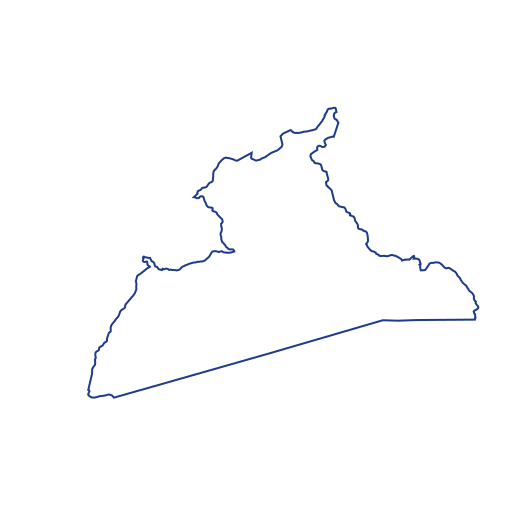 Tarrazu, San José, Costa Rica (Robinson projection), rotated 74°
{"feature_id": "36466004B83189782085425", "entity_name": "Tarrazu", "entity_type": "district", "adm_level": 2, "iso_a3": "CRI", "parent_name": "Costa Rica", "parent_adm1": "San José", "projection": "robinson", "projection_center": [-84.074, 9.584], "detail": "fine", "context": "isolated", "style": "outline", "palette": "blue", "viewbox_px": 512, "rotation_deg": 74, "n_neighbors": 0, "source": "geoboundaries", "source_scale": "gbopen_adm2", "svg_char_len": 6087}
<svg xmlns="http://www.w3.org/2000/svg" viewBox="0 0 512 512"><g transform="rotate(74 256 256)"><path d="M353.0,431.6L353.3,272.0L352.7,151.8L357.4,137.1L361.8,119.4L377.5,63.1L376.1,62.6L376.0,62.1L372.1,61.5L371.7,61.9L370.9,62.1L369.2,62.0L368.6,61.0L368.6,59.8L368.1,58.3L367.6,57.1L367.0,56.5L365.5,56.5L364.0,57.2L361.7,57.9L360.5,57.2L359.1,58.1L357.6,58.4L356.0,58.1L355.2,57.6L353.7,57.6L351.3,58.4L348.3,60.5L345.4,61.3L345.0,61.6L343.2,61.9L342.0,62.4L340.6,63.5L338.6,64.7L334.9,65.9L333.1,66.1L330.5,67.7L327.9,68.1L326.1,68.9L324.2,70.7L320.9,73.4L320.4,74.3L320.4,75.9L319.9,77.2L318.4,78.3L315.5,79.7L313.4,81.3L312.8,81.9L312.0,83.9L311.5,85.8L311.5,87.5L311.0,89.1L311.0,90.6L311.3,91.5L313.0,93.3L316.0,97.1L316.0,98.4L315.7,99.0L315.7,100.1L315.2,101.5L312.4,101.4L310.9,100.8L310.1,100.9L309.3,101.3L309.1,101.0L309.0,99.9L304.6,100.1L303.4,101.2L302.6,102.8L302.1,105.1L301.1,104.3L300.0,104.1L299.4,104.2L299.5,105.0L300.1,105.7L300.1,106.3L301.8,109.6L301.2,110.9L300.9,113.1L300.6,113.5L300.6,116.8L300.1,116.8L299.2,117.2L297.4,118.6L296.1,120.0L295.9,120.0L294.2,122.0L293.7,123.2L292.8,124.4L292.4,125.4L292.4,130.0L291.1,133.0L290.4,136.2L289.7,137.3L289.2,137.8L288.6,137.8L287.2,139.7L286.4,140.0L285.8,140.0L285.7,140.3L284.5,141.1L283.4,143.1L282.8,143.8L282.0,144.1L281.6,144.6L277.5,146.4L275.8,146.4L275.1,146.9L274.8,146.8L273.5,145.1L272.3,144.1L268.4,143.3L265.8,143.0L264.1,143.0L262.8,143.5L262.0,144.9L261.6,145.2L261.2,145.9L260.9,145.9L259.7,147.0L258.4,149.4L258.2,149.5L257.7,150.1L256.3,150.1L254.7,149.6L253.6,149.6L251.6,150.2L250.1,150.9L246.3,150.9L245.0,151.3L244.2,152.6L243.3,153.4L242.8,154.5L242.0,154.3L241.6,153.9L241.0,153.9L240.5,154.2L239.1,156.2L238.2,156.9L235.6,157.0L234.0,157.5L233.5,158.0L233.3,158.6L233.1,158.7L232.5,160.2L231.8,161.1L231.3,162.3L230.4,162.9L228.5,163.7L228.1,164.1L227.8,164.1L227.4,164.7L226.7,165.0L223.9,165.6L213.8,165.2L211.2,166.4L210.9,166.8L210.6,166.9L209.5,167.7L208.4,168.0L207.7,168.8L204.3,168.4L203.6,166.5L203.0,165.8L201.8,165.3L196.0,165.2L194.4,165.0L193.4,167.0L192.8,167.7L191.5,168.5L187.1,168.4L185.9,168.6L185.5,168.9L184.4,170.4L183.7,171.8L183.5,172.7L182.6,174.0L181.2,174.2L180.5,174.6L179.6,175.5L178.9,175.8L175.0,176.2L173.1,175.1L172.7,173.6L171.9,171.6L170.9,167.8L168.5,167.4L167.6,166.2L167.4,164.8L168.2,163.5L169.4,162.4L169.9,160.4L169.8,159.8L168.5,158.2L166.2,158.7L164.0,158.5L162.9,156.8L162.8,155.7L162.3,154.5L162.3,148.6L162.7,148.3L150.6,140.1L147.1,141.0L146.6,141.9L145.9,142.4L144.9,142.7L143.2,142.7L140.9,141.8L140.1,140.8L139.8,139.0L135.9,138.7L135.4,139.1L135.0,140.3L135.0,143.3L134.8,143.7L134.8,144.7L134.5,145.0L134.5,145.5L135.0,146.8L136.9,148.1L137.7,149.3L138.2,149.8L138.5,149.8L139.3,150.9L139.7,150.9L140.2,151.6L141.0,151.7L141.8,152.4L143.6,154.5L144.3,155.0L144.5,155.4L144.9,155.7L145.6,156.9L147.3,159.0L148.6,161.1L149.9,162.5L150.6,163.7L150.6,168.3L150.4,168.7L150.4,172.3L149.7,175.7L149.7,179.7L149.5,180.1L149.3,182.1L148.8,182.9L148.6,184.3L147.4,186.2L147.2,186.4L146.7,186.4L146.5,186.9L144.7,187.8L144.5,188.2L145.8,196.3L147.7,199.5L156.0,199.8L158.2,201.4L160.3,206.2L161.1,213.0L162.9,218.5L163.4,219.4L163.9,223.9L164.5,225.5L164.3,229.6L163.6,230.6L162.4,231.8L161.5,233.2L160.3,233.7L155.6,231.7L159.2,247.8L158.3,249.7L157.2,250.7L155.9,252.7L154.5,254.9L153.9,256.3L153.9,256.6L153.4,257.1L153.1,257.9L153.3,260.1L154.6,262.9L156.9,266.4L159.2,268.1L160.5,269.5L162.6,273.0L164.7,274.3L168.6,275.5L170.1,276.3L171.0,276.4L171.7,276.8L172.1,277.2L172.6,278.1L172.9,280.5L173.8,282.0L174.6,282.8L175.4,283.9L175.6,284.0L176.0,284.6L176.0,286.8L175.8,287.6L175.8,288.9L177.2,291.1L177.4,292.9L177.7,294.0L179.2,295.1L180.0,295.0L182.3,299.4L182.5,298.8L184.0,297.1L184.3,296.5L184.5,294.9L183.9,293.9L183.6,293.8L183.4,293.0L183.6,291.7L184.1,290.8L184.8,290.3L189.4,290.2L191.3,289.6L193.6,289.6L194.3,289.3L195.6,288.6L196.1,288.1L197.3,285.3L197.9,284.6L198.9,284.7L199.9,285.4L201.1,285.0L202.4,282.7L203.9,281.8L205.0,281.8L205.8,281.5L210.1,279.2L211.2,278.4L213.8,278.5L214.9,279.7L215.2,280.5L215.4,280.7L217.6,281.2L219.6,281.2L221.4,281.6L223.0,282.5L224.3,283.7L225.6,284.2L228.5,284.2L229.8,284.7L233.0,284.7L234.8,283.6L235.9,283.3L236.5,282.8L238.7,282.3L241.8,280.3L242.4,279.5L243.0,277.1L243.6,276.1L245.2,275.5L245.7,275.6L245.7,279.8L245.1,282.2L244.0,285.1L243.4,286.2L243.3,286.5L242.1,287.3L241.9,287.7L241.9,290.9L241.6,291.1L240.4,293.1L239.9,294.8L239.7,296.6L239.9,297.1L243.8,301.3L246.4,306.8L246.4,309.4L246.0,310.9L245.8,312.8L245.5,313.4L245.5,316.0L245.1,317.5L245.1,323.0L245.4,324.1L245.4,326.1L245.8,327.6L246.0,329.8L248.0,333.2L248.0,336.2L247.5,337.0L246.2,340.8L245.6,341.7L245.5,343.2L244.3,344.1L243.7,345.0L243.4,345.9L243.4,348.0L242.5,349.3L243.5,350.0L243.6,350.3L242.2,352.8L240.9,353.7L240.1,353.7L239.3,354.0L238.2,355.8L235.2,355.8L234.1,356.0L233.3,356.5L232.9,357.1L232.4,357.6L228.5,358.5L228.3,359.7L226.8,362.3L226.7,363.3L225.6,364.0L225.7,364.5L226.3,365.1L227.8,365.1L228.9,366.0L230.0,365.9L230.6,365.6L230.9,365.0L231.1,364.3L231.1,363.2L231.4,362.3L232.5,362.3L233.9,362.7L235.0,362.6L236.7,361.0L237.1,360.9L238.2,364.8L240.7,370.6L241.4,372.5L242.0,374.8L242.6,375.8L247.1,378.4L249.8,378.6L252.9,379.7L254.6,380.1L255.5,380.5L258.1,382.5L259.9,384.5L266.3,394.3L267.2,395.2L269.3,396.1L269.6,396.4L270.1,397.5L270.8,400.0L271.5,401.3L272.1,402.0L274.8,403.8L276.5,405.4L277.9,407.8L279.8,410.1L281.5,412.7L282.8,414.2L284.7,415.4L288.3,416.4L288.8,417.0L289.1,418.2L289.6,418.8L294.5,422.1L296.6,422.7L297.0,423.4L297.7,425.8L299.8,428.2L300.6,431.6L301.1,432.1L302.8,432.8L303.1,433.2L303.5,433.8L303.7,435.0L304.2,436.3L304.8,437.0L307.3,437.9L309.1,438.0L309.8,438.1L310.8,439.1L311.6,439.5L312.8,439.6L315.5,440.4L316.3,440.9L317.8,442.9L319.5,444.6L324.1,446.1L338.6,454.2L339.2,453.5L340.2,453.4L341.7,454.8L343.0,455.5L343.4,455.5L344.8,454.7L346.0,453.6L346.6,453.0L347.5,450.6L347.7,449.3L347.7,444.4L348.1,442.8L348.5,439.3L348.5,435.8L349.1,434.6L350.3,433.0L351.0,432.5L353.0,431.6Z" fill="none" stroke="#1e3a8a" stroke-width="2"/></g></svg>